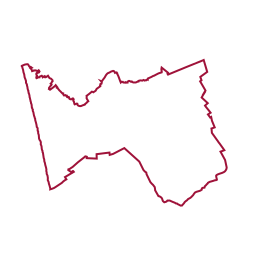 Lerdo de Tejada, Veracruz, Mexico, rotated 254°
{"feature_id": "50627088B89333927260358", "entity_name": "Lerdo de Tejada", "entity_type": "district", "adm_level": 2, "iso_a3": "MEX", "parent_name": "Mexico", "parent_adm1": "Veracruz", "projection": "robinson", "projection_center": [-95.486, 18.659], "detail": "fine", "context": "isolated", "style": "outline", "palette": "rose", "viewbox_px": 256, "rotation_deg": 254, "n_neighbors": 0, "source": "geoboundaries", "source_scale": "gbopen_adm2", "svg_char_len": 5719}
<svg xmlns="http://www.w3.org/2000/svg" viewBox="0 0 256 256"><g transform="rotate(254 128 128)"><path d="M54.1,138.5L53.7,139.4L52.8,140.2L51.9,140.9L51.3,141.1L50.5,141.3L49.6,141.3L48.2,141.4L46.6,142.4L46.6,143.8L46.7,144.8L47.1,145.4L47.4,145.9L47.1,146.6L47.0,147.5L46.6,148.3L44.8,150.4L43.8,151.7L43.3,152.4L42.3,153.2L42.0,154.2L41.1,154.8L40.6,155.4L38.9,157.2L38.6,158.6L39.1,159.2L39.6,160.1L40.5,161.4L41.1,162.0L41.7,163.2L42.3,164.9L43.1,166.1L43.7,168.8L44.3,170.0L45.5,172.1L46.4,173.1L47.5,174.6L47.8,176.2L47.8,179.3L47.9,180.4L48.4,181.9L49.3,182.2L49.9,183.0L49.6,185.1L50.8,185.8L51.5,187.2L52.3,188.3L52.5,189.0L53.3,189.8L53.4,190.5L53.7,191.4L53.7,195.3L53.8,196.9L53.6,198.4L53.8,199.2L54.8,199.3L55.8,199.3L57.7,199.5L58.3,200.1L58.6,201.2L58.8,203.1L58.9,206.1L59.2,208.1L59.7,209.4L60.5,210.4L61.2,211.1L62.6,211.9L63.2,212.0L70.5,212.5L79.8,210.4L80.0,213.7L80.1,214.5L88.0,211.7L89.3,211.1L89.9,211.0L92.6,210.0L94.6,209.3L100.2,207.3L104.3,208.1L104.5,208.1L104.7,211.5L111.9,210.7L115.7,211.0L115.4,209.9L119.0,208.6L119.9,211.6L122.4,210.6L127.1,208.6L128.3,208.2L129.9,211.5L132.4,210.0L137.0,207.2L138.6,208.8L140.4,210.8L140.4,210.4L142.7,212.8L153.0,210.2L153.6,211.8L157.2,211.6L160.1,219.6L172.5,219.5L172.4,218.9L170.4,199.8L170.2,198.1L169.9,195.5L169.6,192.6L168.3,181.2L169.3,180.9L170.1,181.7L176.8,177.0L175.8,176.5L175.0,176.2L174.4,176.2L173.6,176.0L173.3,176.1L172.2,175.7L172.1,172.4L171.4,168.9L171.1,167.7L171.1,166.6L170.6,164.4L170.1,160.8L169.0,160.3L169.4,159.9L168.8,158.5L169.2,157.7L169.0,157.1L169.4,156.6L169.9,156.1L169.6,154.8L170.0,153.9L170.3,153.2L170.4,152.2L170.4,151.1L169.8,150.9L169.9,150.1L169.8,149.0L169.6,148.0L170.3,145.6L170.9,145.0L171.7,144.5L171.5,143.8L171.8,143.4L172.8,142.4L173.0,141.9L172.7,140.4L171.8,140.1L172.2,138.3L172.6,138.2L172.4,137.6L173.0,136.5L173.0,136.1L173.3,135.8L173.8,135.7L173.9,135.1L174.3,134.6L173.7,133.6L175.3,133.4L178.4,133.2L180.7,133.0L183.0,132.6L183.4,132.7L183.6,132.4L184.4,132.5L184.6,132.3L184.7,131.7L184.7,131.1L184.6,130.7L186.0,130.4L186.6,130.1L187.0,129.4L186.9,129.0L187.0,128.6L186.9,127.5L186.8,126.7L186.5,125.9L186.2,123.5L185.6,122.4L184.8,121.3L183.0,119.5L181.0,116.8L180.0,115.7L180.6,114.9L179.7,115.3L178.8,115.3L177.9,114.7L177.9,113.7L177.0,113.4L176.8,112.9L175.8,112.9L174.3,108.7L172.7,107.1L171.7,103.8L172.2,104.3L172.9,103.3L171.5,100.1L170.3,97.0L169.7,97.0L168.9,96.7L168.1,96.4L166.5,96.7L165.7,97.0L164.7,97.2L164.6,96.8L164.2,96.2L164.2,95.9L163.7,95.3L162.9,93.4L162.5,93.2L162.5,92.8L162.4,92.0L162.1,92.6L162.3,92.0L162.3,91.4L162.3,90.4L162.1,89.6L162.1,88.5L162.3,87.9L162.5,87.3L163.3,86.3L164.0,85.9L165.3,86.0L165.6,85.5L165.4,83.3L165.9,83.1L167.4,83.2L168.0,83.3L169.3,82.9L169.8,83.1L170.2,83.6L170.6,83.6L171.1,83.6L171.6,83.3L171.7,82.7L171.3,81.9L171.2,81.6L171.3,81.0L171.5,80.8L171.7,80.3L172.2,79.8L172.9,79.7L173.3,79.5L173.6,79.8L174.2,79.6L174.3,78.2L174.5,78.0L175.1,77.9L175.4,78.0L175.6,78.4L175.9,79.0L175.8,78.0L175.9,77.5L176.5,77.3L176.8,77.0L176.7,76.7L176.9,76.3L176.9,75.5L177.5,75.3L177.8,75.1L178.2,75.1L178.5,75.0L179.0,75.2L179.1,74.9L179.2,74.7L179.4,74.7L179.5,74.4L179.9,74.2L180.7,73.7L180.9,73.6L181.4,73.4L183.1,72.4L184.8,71.7L185.8,71.1L186.3,70.7L186.6,71.3L189.1,70.3L188.8,69.9L188.2,68.7L187.8,67.6L187.6,67.2L186.7,64.7L186.3,63.8L186.4,63.4L186.7,63.2L187.2,63.3L187.4,62.8L187.8,63.0L188.4,63.2L188.5,63.3L188.7,63.7L189.1,64.1L189.7,64.9L190.2,66.0L190.6,66.2L190.9,66.5L191.9,65.9L192.3,66.7L192.7,67.0L193.3,67.6L193.7,68.4L194.7,68.6L195.5,68.2L196.1,67.9L196.6,67.6L197.6,66.3L200.3,65.5L200.0,64.6L199.7,64.0L199.5,63.0L200.2,62.8L200.0,61.8L200.8,61.7L200.3,60.0L201.1,60.0L202.0,59.5L201.8,57.7L201.5,56.6L201.2,56.6L201.4,55.8L201.3,55.0L201.1,54.2L201.1,53.8L201.5,53.7L201.8,53.8L202.0,54.2L202.2,54.3L202.7,54.3L202.9,54.8L203.3,55.0L204.5,54.6L204.8,54.8L205.4,54.8L205.7,55.0L206.0,55.4L206.3,56.0L206.4,56.5L205.9,56.4L206.0,57.8L206.8,58.5L207.1,58.3L207.4,58.3L207.5,58.1L208.1,58.0L207.6,56.7L208.6,55.5L208.9,55.0L208.9,54.3L209.3,53.6L209.1,52.8L209.1,51.5L210.3,51.5L211.6,51.1L212.3,50.7L212.5,52.1L213.7,51.2L213.8,50.4L214.5,50.0L216.6,49.5L217.1,48.8L217.3,47.3L217.4,46.2L217.0,43.0L216.7,42.9L215.8,43.2L214.6,43.1L213.0,43.2L210.4,42.9L208.0,43.0L206.7,42.8L205.1,42.6L203.4,42.8L201.3,42.9L199.6,42.4L197.7,42.8L196.8,42.6L195.0,42.6L194.0,42.4L192.1,42.3L191.4,42.5L190.3,42.2L189.6,42.3L188.9,42.1L188.0,42.3L186.2,42.2L184.6,41.9L184.0,42.0L182.9,41.9L180.8,41.8L180.4,41.7L180.0,41.8L179.4,41.8L178.6,41.6L177.4,41.8L176.0,41.6L174.6,41.3L174.0,41.2L173.7,41.4L173.0,41.3L171.8,41.6L171.0,41.2L170.3,41.2L169.3,41.4L166.5,41.1L165.0,41.1L164.3,41.2L163.3,41.1L162.6,41.3L161.2,41.0L158.3,41.0L156.2,40.9L154.1,40.6L153.2,41.0L152.3,41.0L151.1,40.6L150.2,40.4L149.6,40.7L147.7,40.2L145.9,40.3L142.4,39.6L141.1,39.7L139.6,40.2L138.4,40.3L136.2,39.6L135.3,39.8L134.0,39.8L132.0,39.4L130.7,39.3L129.6,39.5L128.3,39.2L127.6,39.4L122.4,38.7L120.9,38.8L119.1,38.4L117.3,38.5L115.3,38.3L112.3,38.3L110.5,38.1L109.2,37.6L107.9,37.6L106.3,37.2L104.5,37.5L102.1,37.2L100.0,36.5L98.0,36.8L96.2,36.6L94.3,36.7L90.9,36.6L90.5,36.4L90.5,38.0L90.7,40.2L91.1,41.7L91.8,43.9L92.3,45.5L93.5,49.3L94.5,51.1L95.3,53.3L95.6,54.6L98.2,53.9L100.8,63.8L101.6,63.5L101.8,62.8L101.4,62.3L100.8,62.0L101.7,61.0L102.7,60.1L104.0,59.0L104.7,59.3L104.7,60.6L105.3,62.3L105.8,64.0L108.9,70.5L111.9,77.9L112.5,79.1L112.2,79.8L111.7,80.5L110.4,80.0L107.2,89.5L110.0,90.2L111.5,90.6L109.5,103.4L107.2,103.0L107.2,106.5L109.7,118.9L92.6,129.6L83.3,131.3L81.2,132.4L80.2,133.3L78.5,133.1L69.8,134.6L67.9,135.5L66.4,136.4L63.8,137.4L61.4,137.1L60.7,136.9L54.1,138.5Z" fill="none" stroke="#9f1239" stroke-width="2"/></g></svg>